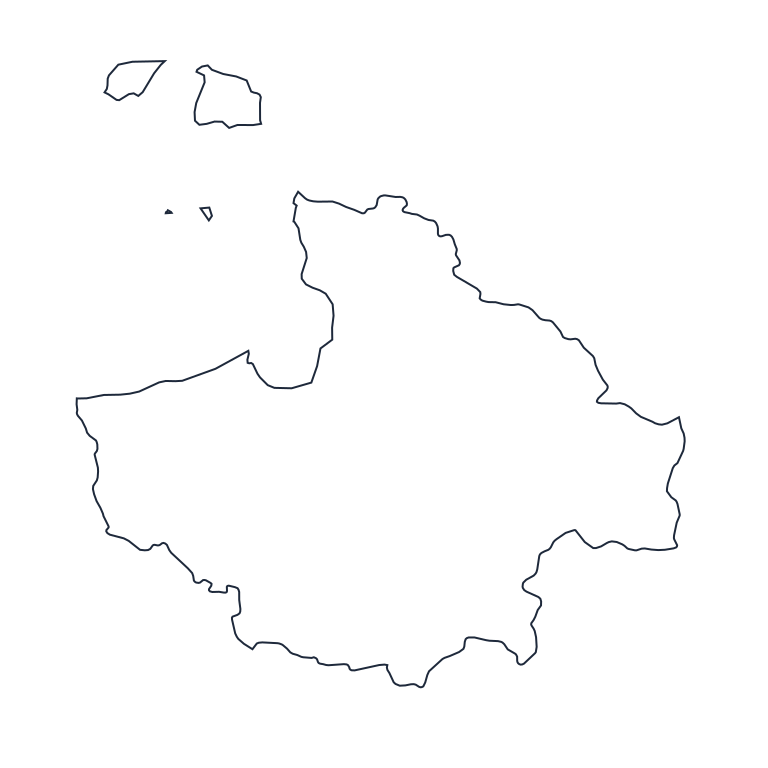 SVG path tracing the border of Surat Thani, rotated 276°
{"feature_id": "THA-380", "entity_name": "Surat Thani", "entity_type": "Province", "adm_level": 1, "iso_a3": "THA", "parent_name": "Thailand", "parent_adm1": "", "projection": "robinson", "projection_center": [99.144, 9.058], "detail": "fine", "context": "isolated", "style": "outline", "palette": "slate", "viewbox_px": 768, "rotation_deg": 276, "n_neighbors": 0, "source": "natural_earth", "source_scale": "10m", "svg_char_len": 6123}
<svg xmlns="http://www.w3.org/2000/svg" viewBox="0 0 768 768"><g transform="rotate(276 384 384)"><path d="M337.6,80.0L337.6,81.2L338.7,89.8L343.8,106.5L345.8,122.7L347.8,132.2L350.9,141.3L362.1,160.2L364.2,166.6L365.0,176.2L366.1,183.0L381.5,214.8L402.8,245.6L399.9,246.4L393.8,245.6L390.8,246.2L390.5,247.8L391.0,249.7L390.1,251.5L381.0,257.1L377.6,260.0L370.7,268.5L368.7,275.4L370.1,292.6L377.8,311.6L394.8,315.6L412.7,317.1L422.7,327.9L434.6,326.5L446.6,326.7L457.9,324.6L467.7,316.6L470.5,310.3L472.3,302.9L474.9,296.0L480.1,291.2L484.7,290.6L501.2,294.0L507.2,292.7L512.1,289.9L515.9,287.0L518.6,285.7L529.9,282.7L536.0,277.8L536.2,277.0L550.0,277.9L552.3,278.5L554.4,275.1L559.2,275.4L566.2,278.5L560.5,286.1L559.3,288.3L558.7,290.6L558.3,294.5L558.4,299.1L560.1,313.7L558.7,320.4L556.1,327.8L554.1,336.2L551.5,344.4L551.7,346.1L552.4,347.1L555.7,349.1L556.4,350.2L557.4,354.7L557.9,355.8L558.8,356.8L561.2,358.0L566.9,358.4L568.1,358.9L569.9,360.4L570.6,361.5L571.6,364.3L571.7,365.9L571.2,376.0L571.8,380.6L571.6,383.0L571.0,384.4L569.8,385.9L567.3,387.5L565.5,388.0L564.0,387.9L561.3,385.3L560.2,384.6L558.9,384.3L557.8,384.9L557.1,386.3L556.6,391.6L556.1,393.9L556.0,399.1L555.1,401.8L553.0,406.6L551.8,411.1L551.6,415.9L550.9,417.5L549.5,419.0L546.4,420.8L544.2,421.4L539.2,421.9L538.0,422.3L537.1,423.2L536.7,424.4L537.0,426.1L538.8,430.0L539.2,433.1L538.7,434.7L537.5,436.2L535.0,437.9L530.4,439.8L525.9,442.2L524.6,442.4L520.7,441.8L519.5,442.2L514.8,446.1L512.3,446.9L511.0,446.7L509.9,446.1L507.3,441.6L506.4,440.9L503.7,441.0L500.0,442.4L498.2,445.2L488.6,466.4L485.5,470.1L483.7,470.5L479.2,470.2L478.1,471.3L477.2,473.1L476.6,476.9L476.4,479.4L477.0,486.5L475.8,494.6L475.8,501.7L476.2,504.9L477.3,509.0L477.2,510.5L475.3,519.7L473.0,523.9L466.0,531.5L465.2,533.0L464.6,534.8L464.3,537.9L464.4,542.0L464.0,543.8L463.0,545.5L454.6,554.0L449.5,557.1L448.6,558.9L447.9,562.6L447.9,564.8L449.0,569.5L448.8,571.3L447.9,573.2L441.0,578.9L433.6,588.9L431.6,590.4L425.2,592.4L419.5,595.5L411.2,601.2L405.9,606.3L404.6,606.8L403.3,606.8L400.9,605.9L392.2,598.6L389.9,597.6L388.6,597.6L387.7,599.1L387.5,601.9L388.8,617.0L389.7,620.7L389.0,625.5L387.1,629.9L385.6,632.5L381.2,637.8L378.2,642.9L374.5,655.0L373.3,657.7L372.6,661.4L372.6,664.7L374.5,669.9L381.8,680.8L371.0,684.3L366.1,687.2L361.9,688.5L358.4,689.0L350.9,688.8L348.8,688.5L336.0,684.1L333.3,681.3L330.5,680.0L314.7,676.7L310.0,676.4L306.9,676.6L301.4,681.6L298.7,686.3L297.5,687.3L295.4,688.4L285.3,691.7L284.0,691.8L276.7,689.6L263.9,688.3L261.1,688.4L259.8,688.9L254.3,692.4L253.0,692.3L252.0,691.6L250.8,689.2L248.5,680.7L247.5,674.2L247.3,667.2L247.7,660.6L247.2,657.5L245.0,652.6L244.8,651.1L245.5,644.6L245.9,643.2L248.2,640.1L249.4,637.8L251.2,632.0L251.3,627.0L250.3,624.1L249.2,622.3L245.2,616.9L243.0,612.0L242.7,609.2L247.8,600.2L258.6,589.7L258.6,588.6L258.2,587.6L254.9,580.2L247.7,571.8L246.0,570.1L244.2,568.9L239.1,567.0L237.5,566.0L236.3,564.8L234.4,561.2L232.4,558.2L230.8,556.9L229.1,556.4L215.7,555.8L212.9,555.3L211.3,554.6L209.1,552.9L204.2,545.9L201.0,543.3L199.6,543.0L196.9,543.0L195.7,543.4L193.7,545.0L192.4,547.4L188.3,559.8L186.8,561.9L184.2,563.0L180.2,563.3L175.3,560.5L168.4,558.8L164.8,557.4L161.5,555.5L160.2,555.5L159.2,556.0L156.3,558.4L154.1,559.7L148.1,561.7L138.5,563.3L133.2,563.0L132.1,562.4L120.5,552.4L119.5,550.7L119.2,549.1L119.6,547.7L120.3,546.6L121.2,545.9L122.5,545.4L126.8,544.9L128.9,543.5L129.6,542.4L133.0,534.8L137.8,530.8L139.3,528.8L139.8,527.5L140.2,524.3L139.7,515.7L139.9,512.3L141.4,500.4L140.8,494.7L139.9,492.9L138.8,491.9L136.1,491.3L131.3,491.3L128.9,490.7L125.3,486.7L120.3,477.8L118.0,472.9L116.6,470.9L103.0,458.8L99.1,457.5L91.5,456.2L87.4,454.7L86.5,453.3L86.2,451.9L86.5,450.5L88.3,447.0L88.6,445.0L88.2,442.2L86.5,436.8L85.6,431.2L86.9,426.8L88.4,424.8L97.1,419.6L100.0,417.3L102.3,416.5L104.8,416.7L105.0,413.8L104.0,408.6L96.1,384.7L95.9,381.6L96.4,380.4L97.3,379.5L98.6,379.1L100.6,377.6L101.2,376.2L101.2,373.4L98.5,358.2L98.5,355.8L99.0,352.8L99.2,349.6L99.7,348.2L100.6,347.4L103.2,346.2L104.2,345.0L104.9,342.8L104.0,340.6L103.8,332.2L104.0,330.3L105.4,326.1L106.2,321.4L107.3,318.9L110.7,315.2L113.7,310.8L114.3,309.6L115.0,306.8L115.1,305.1L114.3,290.0L113.6,286.5L112.6,284.6L106.5,280.9L111.0,271.8L115.3,265.7L117.3,264.0L120.4,262.1L133.8,257.5L135.7,257.2L136.8,257.7L139.1,262.4L140.8,264.3L142.6,264.8L145.2,264.7L154.0,262.6L162.1,261.7L164.2,260.8L165.6,259.7L166.4,256.9L167.2,250.7L166.8,249.4L165.8,248.9L161.8,249.5L160.7,249.3L160.0,248.4L159.8,246.8L160.1,241.7L159.2,235.0L159.6,232.5L160.6,231.5L161.7,231.4L165.3,233.3L167.2,233.4L168.0,232.4L170.2,227.3L170.3,225.9L170.1,224.6L167.3,221.8L166.8,220.4L166.9,217.9L167.6,216.5L168.6,215.5L173.2,214.3L175.9,213.0L180.2,208.2L193.9,190.0L196.4,187.8L201.3,184.9L202.5,183.1L202.9,181.3L202.4,179.9L200.6,178.0L200.0,176.9L199.8,175.6L200.1,172.8L199.8,171.5L199.0,170.7L195.6,168.8L194.2,166.7L193.6,163.5L193.6,158.7L201.3,146.5L203.3,141.4L205.5,127.1L206.8,124.5L208.4,123.2L209.7,123.2L212.5,125.1L213.6,125.0L223.2,118.9L225.7,118.0L231.2,114.9L237.5,110.4L244.1,107.2L249.1,105.5L252.3,105.5L258.1,108.5L261.1,109.0L267.1,108.8L270.9,108.2L283.5,103.6L284.5,103.7L287.3,105.4L289.5,105.8L293.9,105.2L296.1,104.4L297.7,103.5L301.7,96.7L304.6,93.8L308.6,92.1L316.1,87.4L320.5,82.8L322.1,81.8L323.2,81.5L326.2,81.7L331.7,80.4L337.6,80.0ZM674.9,164.9L677.0,165.4L680.7,169.8L682.4,175.4L678.5,180.0L675.5,191.7L674.4,204.9L671.5,215.7L661.0,221.3L660.2,224.1L659.9,227.3L658.8,230.0L656.4,231.5L650.7,231.3L633.4,233.2L629.9,234.6L627.8,226.6L626.3,211.2L622.5,203.2L627.9,195.8L627.3,188.1L624.2,180.5L622.5,173.3L626.1,168.5L634.6,167.2L643.8,167.9L665.3,174.1L672.1,172.8L674.9,164.9ZM662.2,78.2L673.8,86.4L678.2,100.2L682.2,132.2L678.0,128.6L669.0,122.9L649.0,113.5L644.8,109.5L646.9,104.7L645.6,100.0L638.6,91.0L638.6,88.3L643.3,79.7L644.8,75.6L648.5,77.5L652.1,77.8L658.8,77.3L662.2,78.2ZM539.5,183.2L541.2,191.8L533.2,195.3L528.4,192.7L539.5,183.2ZM534.2,150.9L532.8,154.2L532.0,154.9L531.0,149.1L532.0,149.2L533.3,150.6L534.2,150.9Z" fill="none" stroke="#1e293b" stroke-width="2"/></g></svg>